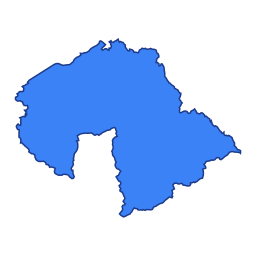 Capão Bonito, São Paulo, Brazil (orthographic projection)
{"feature_id": "56859067B71200368651940", "entity_name": "Capão Bonito", "entity_type": "district", "adm_level": 2, "iso_a3": "BRA", "parent_name": "Brazil", "parent_adm1": "São Paulo", "projection": "orthographic", "projection_center": [-48.285, -24.054], "detail": "fine", "context": "isolated", "style": "filled", "palette": "blue", "viewbox_px": 256, "rotation_deg": 0, "n_neighbors": 0, "source": "geoboundaries", "source_scale": "gbopen_adm2", "svg_char_len": 5813}
<svg xmlns="http://www.w3.org/2000/svg" viewBox="0 0 256 256"><path d="M27.5,82.2L28.4,83.1L27.5,83.9L25.9,84.5L24.8,85.5L23.4,85.8L22.2,86.5L23.9,88.2L23.5,89.8L23.5,91.2L22.1,91.6L20.4,91.5L19.4,91.7L18.5,92.8L17.0,93.9L17.9,95.0L17.4,96.5L15.6,97.2L15.4,98.9L16.2,100.3L17.7,101.1L20.4,100.8L21.2,101.6L22.5,101.8L23.1,103.9L24.1,105.4L25.1,105.6L26.2,105.7L27.4,105.5L27.9,106.9L27.8,108.5L26.1,110.1L24.6,110.2L25.3,111.2L26.4,111.8L25.7,113.1L25.2,114.7L26.6,114.4L25.8,115.9L24.9,116.9L23.8,116.4L22.8,116.5L21.4,117.2L19.8,117.7L21.0,119.2L20.6,121.7L20.9,123.2L20.5,125.3L19.3,125.2L18.1,124.0L16.9,125.2L16.3,126.4L16.8,127.9L17.6,129.4L19.2,129.7L19.0,133.1L19.0,137.2L20.4,138.3L20.9,139.8L20.6,143.0L21.9,142.8L22.9,144.0L24.3,145.2L25.1,146.2L26.3,147.0L28.7,149.2L29.2,150.7L28.8,151.8L31.7,153.8L33.1,153.8L34.9,155.2L35.0,157.2L36.0,159.6L37.3,160.7L38.7,161.4L40.5,161.5L43.4,161.2L44.4,161.7L45.7,162.6L46.0,164.2L46.9,164.7L48.3,164.7L49.1,165.9L49.6,167.2L51.5,167.0L53.1,167.4L55.3,168.3L54.4,171.1L54.7,173.0L56.1,174.1L57.8,174.9L59.3,175.3L60.8,175.1L62.0,175.2L63.1,174.4L64.7,174.2L66.1,174.6L67.2,174.6L68.5,175.2L69.1,176.3L69.9,177.1L71.9,178.6L73.4,178.3L74.2,176.7L73.0,173.5L72.9,170.3L71.7,170.3L71.2,168.9L71.5,167.7L72.7,166.0L73.4,164.5L73.0,162.9L73.0,161.2L73.9,160.2L73.3,158.8L73.8,157.5L73.9,155.7L74.5,153.6L76.4,151.1L77.2,149.6L77.7,147.5L77.8,146.3L77.7,143.2L76.6,140.9L78.7,140.6L78.4,139.0L77.2,135.8L80.4,134.0L81.7,133.6L85.5,133.1L88.3,133.3L89.9,133.0L91.0,133.0L92.5,133.4L93.2,134.3L94.2,135.0L95.3,135.2L96.4,134.5L97.8,134.5L98.8,135.3L101.0,133.9L102.2,132.8L103.5,132.1L105.2,131.4L107.2,130.3L108.5,130.2L110.4,129.7L111.3,128.5L114.0,127.5L115.4,128.1L115.8,129.9L116.5,131.1L116.4,132.3L115.9,133.4L116.6,134.8L117.2,136.5L115.8,136.8L114.7,137.4L113.0,139.2L112.4,140.6L112.8,142.5L112.5,144.4L113.2,146.9L112.9,149.2L111.8,151.2L112.4,152.5L112.5,154.4L112.9,155.7L113.9,156.6L114.6,158.2L115.4,160.9L116.2,162.1L115.4,163.4L115.1,165.6L116.3,167.9L117.2,168.8L118.3,169.1L119.6,170.0L120.7,171.2L119.8,172.5L118.8,174.7L118.2,175.6L117.1,175.9L116.1,176.8L118.8,181.2L120.0,181.5L120.9,183.3L120.4,184.6L119.1,185.5L119.6,187.0L120.9,188.8L120.0,189.7L120.0,191.0L121.1,191.8L122.2,192.1L122.6,193.1L123.4,194.5L123.9,196.2L124.9,197.5L124.7,198.9L123.9,200.3L123.1,201.3L124.1,202.7L125.3,203.9L124.5,204.9L122.9,205.3L122.1,206.5L122.6,208.4L122.6,209.9L121.3,211.6L120.4,212.6L119.5,213.9L120.9,215.3L123.5,216.9L125.7,216.1L126.9,215.3L128.8,214.5L130.1,213.9L130.7,212.9L131.6,212.0L132.2,211.0L132.8,209.7L134.3,207.9L135.5,208.6L137.3,208.7L137.8,209.7L138.9,210.1L140.1,209.8L142.3,210.2L143.3,209.6L144.3,210.1L145.4,210.3L146.4,209.6L147.8,209.6L151.0,209.8L152.5,209.3L153.1,208.0L153.7,207.0L155.7,206.3L159.6,203.8L162.7,202.9L164.2,201.4L165.1,200.3L166.6,199.3L169.4,196.9L172.0,197.8L172.7,196.4L171.8,195.3L172.7,193.4L172.4,192.3L172.0,190.5L173.1,189.6L174.4,188.9L173.8,187.1L172.9,185.6L173.2,184.5L174.5,183.3L176.5,183.1L177.7,183.8L179.2,184.0L180.4,183.6L182.1,183.5L183.1,185.1L184.8,185.2L186.0,185.7L188.8,186.0L189.9,185.6L190.7,184.2L190.4,182.9L192.3,182.7L193.8,182.0L194.7,182.6L197.0,181.4L200.1,178.7L202.5,178.2L202.8,176.8L203.3,175.4L203.4,173.2L203.3,170.8L202.6,169.4L203.5,168.6L204.9,168.6L205.8,168.0L205.6,166.8L204.9,165.6L203.9,164.4L205.3,163.1L206.3,161.4L210.0,160.8L211.1,160.1L213.3,160.2L215.0,159.6L215.9,158.4L217.3,157.6L219.1,157.8L219.9,159.4L221.2,159.6L222.9,158.3L225.3,156.1L226.6,155.5L227.7,154.7L228.7,153.2L229.9,152.1L231.2,151.7L232.7,151.6L234.9,152.1L236.6,152.1L238.2,152.4L239.5,152.5L240.4,153.3L240.6,152.0L240.5,150.6L239.2,149.9L237.6,149.6L235.5,146.6L234.3,145.9L234.6,144.2L234.5,142.9L233.1,140.5L232.5,139.2L232.3,138.0L231.4,137.1L230.1,136.2L228.7,135.4L227.8,136.0L226.5,135.3L224.8,135.4L223.9,134.2L223.9,132.2L222.7,133.2L221.6,133.0L221.2,131.8L220.2,131.1L219.4,130.2L218.7,129.1L217.3,126.9L215.5,125.8L214.3,126.4L212.4,124.4L211.2,120.6L210.4,121.6L209.6,118.8L207.8,117.8L206.3,116.2L204.8,116.5L204.6,115.2L203.2,113.6L202.0,112.8L200.9,112.9L199.8,114.0L196.8,113.0L196.5,111.9L194.6,108.9L193.6,109.9L192.2,110.5L190.9,111.3L190.4,112.8L189.2,113.3L188.1,113.2L187.1,111.6L185.7,111.1L184.2,111.1L182.5,111.9L180.8,112.8L179.6,112.3L179.4,110.7L179.9,108.8L179.3,107.3L180.7,105.6L181.3,104.0L182.2,102.9L181.1,101.9L180.6,100.6L179.6,99.7L179.3,98.3L180.1,96.9L180.7,94.9L180.8,93.2L179.7,93.1L178.7,91.6L177.9,90.0L174.6,88.3L174.3,86.8L173.2,85.8L171.4,84.8L170.1,83.2L168.8,82.8L168.5,81.7L167.6,80.8L166.1,78.0L164.7,76.3L164.8,74.5L164.7,72.7L164.3,70.5L164.2,69.0L163.8,66.7L163.0,65.5L162.3,64.1L161.3,63.8L160.5,65.5L159.2,65.8L158.8,63.5L157.6,62.8L156.0,62.4L156.6,61.4L156.5,60.1L156.9,58.9L157.9,57.7L158.9,56.9L158.7,55.1L158.0,53.6L156.8,52.9L156.2,50.2L154.2,49.3L152.5,49.3L150.6,48.4L149.1,49.1L146.6,49.2L145.4,48.3L143.9,48.8L142.1,48.2L141.1,49.2L139.4,50.1L138.5,52.7L137.3,52.6L135.9,52.2L133.9,52.3L133.6,51.1L132.2,49.8L129.6,49.1L129.5,50.7L128.1,50.9L125.9,48.0L125.2,46.8L125.4,45.1L124.0,43.9L123.1,42.5L121.7,42.2L120.6,41.5L119.4,42.2L118.7,40.9L118.1,39.1L116.9,40.1L115.8,40.8L114.5,41.4L113.4,42.3L111.8,42.2L111.0,40.7L109.2,41.9L110.7,43.3L110.7,44.5L111.5,46.0L111.1,47.1L110.5,48.3L109.1,48.1L108.9,50.2L107.7,49.8L106.7,48.8L105.1,48.7L102.7,50.2L101.5,49.4L102.0,48.2L103.1,47.0L104.5,45.8L105.5,44.6L101.7,41.4L100.5,40.9L99.5,41.4L99.3,43.0L97.8,44.5L96.7,45.4L95.6,46.0L93.8,46.8L92.1,47.9L91.2,48.4L90.4,49.2L89.0,50.9L87.5,52.0L86.5,52.4L85.5,52.7L84.3,52.7L83.1,53.4L81.8,53.5L80.4,53.3L80.7,55.2L78.7,56.6L77.0,57.2L75.7,58.1L74.3,59.4L73.0,62.0L71.6,63.0L70.0,64.5L64.1,65.2L62.5,65.3L59.1,63.8L58.0,63.5L56.0,63.7L54.4,64.3L29.4,80.1L27.5,82.2Z" fill="#3b82f6" stroke="#1e3a8a" stroke-width="1.5"/></svg>